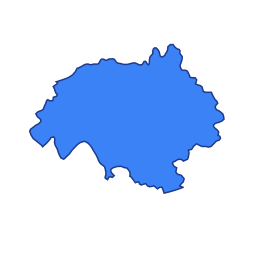 the district of Iwye, Grodno, Belarus, rotated 162°
{"feature_id": "67162791B89656925241953", "entity_name": "Iwye", "entity_type": "district", "adm_level": 2, "iso_a3": "BLR", "parent_name": "Belarus", "parent_adm1": "Grodno", "projection": "orthographic", "projection_center": [25.918, 54.018], "detail": "fine", "context": "isolated", "style": "filled", "palette": "blue", "viewbox_px": 256, "rotation_deg": 162, "n_neighbors": 0, "source": "geoboundaries", "source_scale": "gbopen_adm2", "svg_char_len": 3497}
<svg xmlns="http://www.w3.org/2000/svg" viewBox="0 0 256 256"><g transform="rotate(162 128 128)"><path d="M93.4,54.5L94.3,54.8L96.7,56.9L94.9,58.3L92.0,59.8L90.3,62.3L91.8,66.4L95.4,69.0L96.1,71.4L94.0,75.2L96.1,77.3L96.6,80.6L95.6,81.8L93.3,81.8L91.4,82.5L89.0,82.5L86.6,81.3L85.6,79.4L81.1,79.9L79.7,81.6L77.6,85.6L77.4,88.3L74.1,88.0L71.2,90.4L67.7,91.8L65.1,89.2L63.4,87.6L59.6,86.4L57.5,85.0L55.1,84.8L54.6,84.8L48.1,88.2L45.1,88.3L43.3,89.4L43.2,91.6L44.6,93.3L43.9,94.4L43.0,96.3L43.9,98.9L45.3,100.8L46.1,102.8L45.7,104.4L44.0,105.3L41.9,105.5L39.5,105.3L36.6,105.6L34.0,106.7L33.5,109.3L33.5,112.2L35.0,114.6L36.1,116.2L38.0,117.7L38.8,120.4L37.5,122.4L35.1,123.7L35.2,125.9L36.5,128.3L37.4,133.0L37.7,136.2L40.3,137.1L43.0,137.9L45.1,139.5L45.0,142.4L44.9,144.3L46.2,146.0L48.5,147.6L50.2,149.2L48.9,150.8L47.8,152.6L48.6,155.0L50.7,155.7L53.4,157.0L53.3,159.3L53.6,161.0L53.8,162.8L54.2,164.1L55.8,165.3L57.7,165.8L58.9,166.6L59.3,168.0L59.4,169.8L59.0,171.7L57.8,173.2L56.2,175.3L55.0,177.3L54.4,179.3L54.9,180.9L55.5,182.2L55.5,183.6L54.7,185.4L55.1,186.9L56.4,187.7L57.8,189.4L58.6,191.0L59.0,192.3L59.3,193.4L61.9,194.3L65.0,192.9L65.8,190.8L67.1,188.9L69.0,187.3L70.9,185.5L73.9,184.9L75.1,186.6L75.0,188.6L74.8,190.7L75.3,193.2L76.4,195.3L77.7,196.0L79.5,195.3L81.0,193.0L81.0,192.0L81.8,190.7L83.2,190.1L84.9,188.9L85.9,187.5L86.8,185.6L87.7,183.0L89.0,181.8L89.9,183.0L90.4,185.5L91.1,186.2L92.3,186.2L93.9,184.7L95.1,183.9L97.8,184.5L99.2,186.0L101.2,187.7L103.1,188.3L106.0,188.5L108.3,188.6L111.1,189.3L113.1,190.2L114.8,191.3L116.0,192.1L117.3,192.5L118.8,194.3L119.3,196.1L119.9,197.7L121.4,198.7L122.5,198.8L124.6,199.4L125.9,199.4L127.2,198.9L128.4,199.4L129.7,200.8L131.7,201.7L132.9,201.2L134.4,199.9L135.3,198.9L137.1,198.1L140.0,199.1L141.6,199.5L143.3,199.5L144.8,200.1L146.3,201.2L148.5,201.7L150.1,201.6L151.5,201.3L153.0,200.9L156.5,200.5L158.0,200.5L159.0,199.5L159.9,198.5L161.2,197.5L162.8,196.6L164.1,195.8L166.6,195.0L168.7,194.5L170.8,194.2L173.0,194.2L175.4,194.1L178.0,194.1L182.0,194.1L181.0,192.7L182.4,191.7L186.3,190.6L185.9,188.2L185.9,185.4L185.7,183.1L184.7,181.9L186.2,180.3L188.1,180.3L189.5,180.3L189.9,179.3L191.0,177.3L193.8,177.9L195.5,179.7L196.8,179.3L199.2,176.2L200.5,175.0L201.7,173.3L203.1,171.9L204.7,171.4L207.0,171.4L208.7,171.2L211.2,170.0L211.1,169.9L211.0,167.9L210.5,166.4L209.0,164.2L208.4,162.3L209.5,160.7L211.9,159.6L215.0,159.1L217.3,158.2L220.9,157.0L222.5,155.4L222.4,151.4L221.4,147.2L219.6,144.6L217.5,141.3L215.7,138.6L215.0,136.5L212.6,137.7L210.7,138.4L208.5,139.7L206.0,141.2L204.3,142.6L202.7,142.6L201.3,142.5L201.0,140.4L201.5,138.8L202.4,137.1L202.5,133.8L201.8,130.1L201.8,126.3L201.6,123.0L200.9,120.1L198.8,118.2L197.0,118.9L194.3,120.3L191.7,121.5L188.2,124.1L184.1,126.4L180.9,128.0L178.0,128.9L174.0,128.9L172.3,127.9L170.5,125.6L169.1,122.7L168.2,119.0L167.5,115.7L166.5,111.7L166.1,107.9L166.1,106.0L165.2,102.7L163.7,100.6L162.3,98.4L162.3,96.5L162.6,93.5L163.1,91.1L165.2,87.8L164.3,86.1L163.4,85.2L161.5,87.1L159.8,87.1L158.3,85.9L157.0,86.3L155.8,87.0L157.2,89.6L157.8,92.3L157.1,93.9L154.6,94.8L150.5,94.8L146.2,93.6L144.1,91.7L141.3,90.1L140.1,86.7L139.9,84.6L140.9,82.0L141.2,81.7L140.1,80.3L139.0,77.2L138.4,75.3L137.9,73.7L136.3,73.7L134.5,73.5L134.3,71.1L133.1,69.7L131.1,69.8L128.2,69.5L127.3,66.8L125.7,65.5L123.9,65.2L121.2,64.9L119.9,62.9L118.8,61.0L116.1,61.9L114.1,61.2L113.8,58.6L113.8,54.9L108.7,54.5L101.9,54.3L93.4,54.5Z" fill="#3b82f6" stroke="#1e3a8a" stroke-width="1.5"/></g></svg>